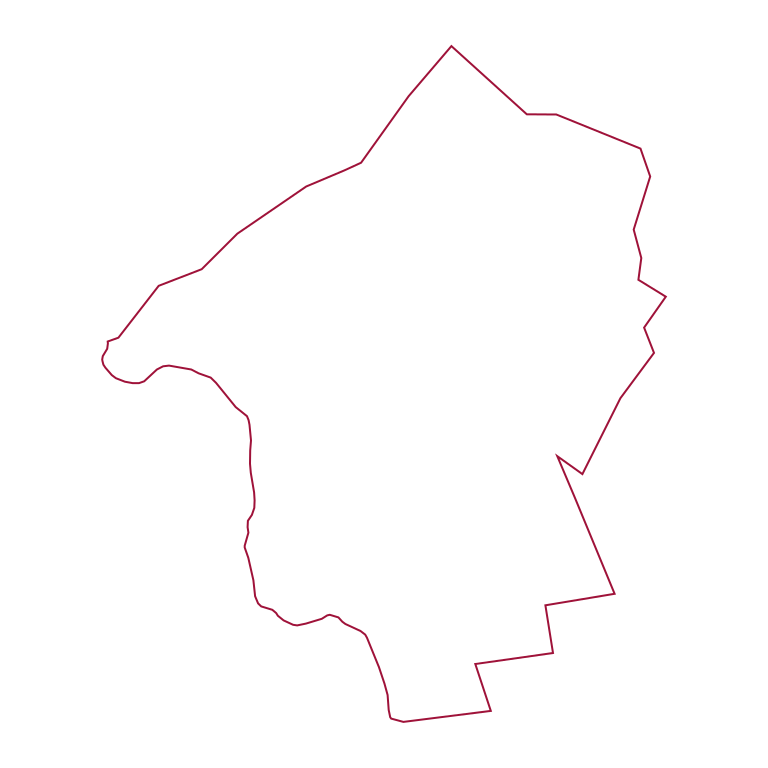 the district of Hunterdon, New Jersey, United States of America
{"feature_id": "52423323B25129931119647", "entity_name": "Hunterdon", "entity_type": "district", "adm_level": 2, "iso_a3": "USA", "parent_name": "United States of America", "parent_adm1": "New Jersey", "projection": "orthographic", "projection_center": [-75.003, 40.564], "detail": "fine", "context": "isolated", "style": "outline", "palette": "rose", "viewbox_px": 768, "rotation_deg": 0, "n_neighbors": 0, "source": "geoboundaries", "source_scale": "gbopen_adm2", "svg_char_len": 1313}
<svg xmlns="http://www.w3.org/2000/svg" viewBox="0 0 768 768"><path d="M614.6,593.8L575.0,498.0L557.3,456.2L582.4,474.1L620.4,398.2L654.0,352.9L644.1,327.6L665.8,296.7L638.4,279.8L641.3,258.0L633.7,229.6L650.2,176.5L640.5,148.6L556.3,114.5L526.8,114.3L451.4,46.1L408.7,96.1L361.1,162.7L344.6,170.3L306.2,186.5L237.3,233.7L201.7,269.2L158.7,285.8L118.4,337.7L107.7,341.5L107.9,343.5L107.2,348.8L102.8,356.1L102.2,359.5L102.5,361.2L103.4,364.7L105.4,367.7L111.8,375.1L115.9,378.2L124.9,381.7L132.5,383.1L139.1,383.1L144.2,381.3L156.9,369.5L163.1,366.3L169.0,365.6L191.3,369.5L198.6,373.3L210.7,377.6L216.0,382.8L235.7,407.1L247.0,416.2L248.6,420.2L249.5,424.8L251.0,440.5L250.2,450.5L250.0,463.7L250.8,472.8L254.1,492.4L254.6,500.4L254.3,507.9L251.9,514.9L247.9,520.8L247.6,527.2L248.4,532.7L244.7,545.7L244.7,547.5L248.3,557.8L253.4,580.3L255.1,596.2L256.0,598.4L258.1,603.4L261.2,606.4L272.3,609.8L274.7,611.8L276.2,613.1L277.7,615.5L277.8,615.7L283.6,620.4L293.1,624.8L297.2,625.4L305.9,623.6L321.8,618.8L327.2,615.4L329.8,614.8L338.4,617.4L342.3,621.7L345.4,624.0L360.5,631.0L365.2,634.6L367.0,637.8L378.4,665.8L378.8,666.7L384.5,683.7L387.6,695.0L388.7,710.0L390.2,717.2L391.2,718.6L403.4,721.9L490.8,710.9L475.3,664.0L553.0,653.0L545.4,605.3L614.6,593.8Z" fill="none" stroke="#9f1239" stroke-width="2"/></svg>